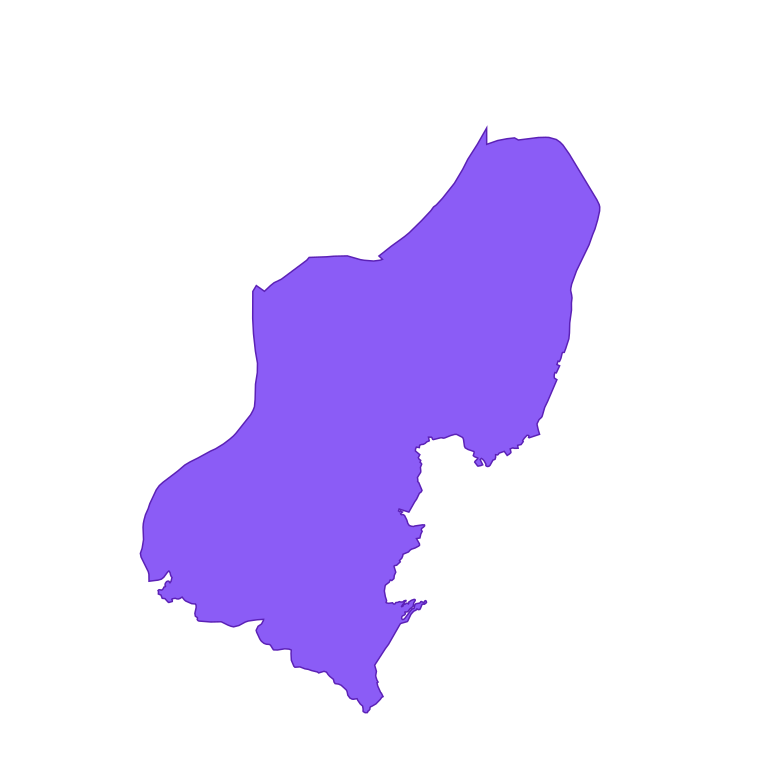 outline of Ba Vi, Ha Noi, Vietnam, rotated 30°
{"feature_id": "81297802B94958861355476", "entity_name": "Ba Vi", "entity_type": "district", "adm_level": 2, "iso_a3": "VNM", "parent_name": "Vietnam", "parent_adm1": "Ha Noi", "projection": "natural_earth1", "projection_center": [105.414, 21.156], "detail": "fine", "context": "isolated", "style": "filled", "palette": "violet", "viewbox_px": 768, "rotation_deg": 30, "n_neighbors": 0, "source": "geoboundaries", "source_scale": "gbopen_adm2", "svg_char_len": 6163}
<svg xmlns="http://www.w3.org/2000/svg" viewBox="0 0 768 768"><g transform="rotate(30 384 384)"><path d="M494.1,189.6L492.0,161.0L490.0,150.2L489.2,144.3L487.0,135.2L484.2,126.3L482.3,122.8L480.6,121.0L476.2,118.0L429.6,92.3L419.5,87.6L415.5,86.5L411.0,86.1L403.6,88.0L400.7,89.5L394.5,93.3L378.4,105.5L374.0,105.6L368.0,110.0L360.7,116.3L353.1,125.1L344.9,111.0L345.0,129.7L344.2,147.4L344.8,158.7L344.6,174.9L341.8,193.9L339.8,202.8L338.4,205.9L337.9,210.6L334.9,223.5L330.2,240.4L328.2,245.8L321.3,261.3L315.6,275.7L320.3,276.8L318.9,278.6L313.5,282.7L305.1,286.7L301.4,288.1L288.2,291.4L276.7,298.4L270.3,302.8L255.9,311.8L255.2,315.5L242.7,344.6L238.2,351.2L236.5,355.5L234.1,363.5L224.2,362.6L224.1,369.4L237.4,392.7L245.9,405.8L256.4,420.1L264.0,429.2L268.6,437.5L272.8,448.4L280.1,461.8L283.2,468.5L283.8,472.5L283.9,477.4L280.4,500.9L279.6,504.3L278.0,508.9L275.0,516.1L270.5,524.4L267.4,528.7L259.8,541.2L254.9,548.6L252.0,553.8L248.8,562.8L241.8,579.5L240.2,584.3L239.7,589.5L241.0,604.7L242.1,609.8L242.8,616.5L244.2,621.8L245.3,625.1L247.0,628.6L253.6,639.1L256.7,647.3L257.7,652.5L260.1,655.3L273.7,664.4L275.6,666.4L279.1,672.3L286.4,666.8L288.8,664.3L289.9,661.5L290.6,655.3L291.1,653.6L291.5,653.5L293.1,654.4L294.5,656.0L296.1,657.2L297.1,657.5L298.2,661.4L298.0,663.2L297.6,663.2L296.6,662.4L296.0,662.4L295.0,663.1L294.5,663.9L294.3,666.0L294.6,667.0L295.2,668.0L295.8,668.2L296.0,668.7L294.9,670.1L295.2,671.5L294.7,673.3L294.2,673.8L292.4,674.4L291.8,675.0L291.6,676.0L292.4,676.4L293.6,678.7L296.3,678.3L299.1,680.5L301.6,679.4L305.9,680.8L306.9,680.8L309.4,678.2L308.8,677.1L307.9,676.6L308.0,675.9L310.3,674.0L312.2,673.6L313.4,673.0L314.5,671.8L315.7,669.5L319.1,670.8L320.8,671.1L327.3,670.4L330.7,668.8L331.8,669.5L333.0,671.3L334.9,677.2L336.7,679.4L339.0,679.6L339.5,679.9L340.0,681.4L341.2,681.9L342.3,681.8L353.0,676.7L361.9,671.3L369.5,670.8L372.6,670.3L375.2,669.5L379.1,665.7L382.9,659.5L385.0,657.1L391.9,651.7L397.4,648.0L397.8,649.1L397.9,653.1L396.1,656.8L396.4,661.2L397.8,662.6L403.8,666.8L405.7,667.8L407.0,668.2L409.7,668.6L412.1,668.2L415.1,666.8L416.4,667.0L420.9,669.4L421.5,669.4L424.9,667.5L430.4,663.0L434.3,661.1L436.5,660.7L436.9,661.1L438.2,663.8L441.9,669.6L447.1,673.5L448.5,673.8L452.7,671.0L457.9,670.2L461.1,669.0L464.5,668.4L470.3,666.7L471.9,666.9L475.7,662.8L478.3,662.3L480.7,663.5L483.1,664.3L487.9,665.1L489.9,667.2L491.5,667.9L494.7,666.6L497.5,666.3L504.3,667.8L505.8,668.8L508.3,671.6L511.5,673.0L513.8,672.9L515.0,672.4L518.0,670.0L519.5,671.1L523.5,673.0L526.5,673.6L528.4,675.9L529.5,677.9L529.9,678.1L532.0,678.1L533.8,677.0L533.9,675.9L533.6,675.6L534.2,674.3L534.4,672.8L533.7,671.3L533.7,670.2L534.4,669.5L537.0,665.0L538.5,658.9L538.7,656.5L539.5,655.2L536.2,653.0L535.3,652.8L529.6,648.7L527.3,646.2L527.9,645.1L526.1,644.1L523.4,641.7L522.5,640.5L521.1,636.6L516.5,632.2L517.5,612.3L518.1,607.2L518.0,583.8L518.5,582.7L522.9,578.2L523.1,577.3L522.5,570.1L523.0,567.3L523.7,565.2L524.7,564.1L525.0,562.3L526.5,562.3L527.7,561.4L527.8,560.4L527.2,555.9L527.6,555.3L529.2,554.4L530.0,552.4L530.0,551.8L529.1,550.9L528.2,550.9L527.8,551.5L527.8,553.4L525.1,553.7L524.7,554.1L524.6,555.5L524.2,556.1L521.5,558.3L521.2,560.1L522.2,563.2L520.9,564.8L520.2,568.3L519.3,576.1L518.7,578.0L518.0,578.6L517.4,578.7L516.4,578.1L515.8,576.5L515.9,575.8L517.2,573.7L517.4,572.8L517.3,572.2L516.3,571.4L516.2,570.9L517.8,570.0L518.4,569.2L519.0,565.6L520.2,562.5L520.2,561.4L519.2,558.6L519.3,555.9L518.7,555.2L517.8,555.4L515.9,557.6L514.5,560.4L515.1,561.6L515.0,562.3L513.7,562.2L513.1,562.6L512.6,563.8L511.4,565.0L511.4,567.1L510.7,568.0L510.4,567.9L510.4,567.6L510.5,565.6L511.0,563.4L510.9,562.3L511.5,561.1L511.5,560.7L511.1,560.5L509.8,561.7L509.3,563.3L507.6,564.4L506.1,564.8L505.2,566.1L503.5,567.4L503.4,569.0L503.0,569.4L502.1,569.7L500.8,569.2L497.7,571.6L496.0,572.2L495.1,572.2L494.5,570.2L491.6,567.6L487.8,563.1L485.9,558.2L485.9,557.1L487.6,553.1L487.4,550.6L489.0,550.3L489.9,547.6L488.6,544.5L488.3,541.1L484.0,537.1L483.8,536.2L485.6,534.6L487.0,529.9L485.7,529.2L486.5,526.0L486.2,523.6L485.6,521.9L489.2,517.2L489.7,514.7L490.5,513.2L492.9,510.5L495.1,507.0L495.4,505.8L494.6,504.7L489.4,501.6L492.1,499.4L490.9,495.5L490.7,492.5L489.3,491.8L488.8,490.4L489.8,488.1L490.1,486.5L489.5,485.8L487.8,486.7L481.6,491.6L481.0,492.5L479.1,493.4L476.7,493.9L474.3,492.8L471.8,490.4L467.7,487.7L466.6,487.5L465.7,487.6L464.3,488.5L463.7,488.4L463.2,488.0L464.0,485.6L461.6,485.8L461.3,486.8L460.0,486.7L459.6,484.7L469.6,482.5L469.5,470.6L469.8,467.4L469.3,461.0L470.2,458.8L470.1,457.1L463.4,452.0L461.9,451.6L461.5,450.5L459.7,448.2L459.9,442.1L459.4,441.0L457.2,438.0L456.7,434.5L455.5,433.9L454.4,433.8L454.0,431.8L451.6,431.4L450.5,430.6L450.4,427.3L444.7,426.3L443.8,424.5L443.6,422.5L446.4,421.4L445.5,419.2L446.6,417.7L448.2,416.6L449.4,414.7L449.9,412.9L451.6,410.6L449.1,407.8L451.5,406.4L452.3,406.5L453.8,407.6L454.5,407.5L459.9,402.3L461.4,401.4L462.2,401.4L463.5,400.4L467.5,395.3L470.5,392.2L472.1,391.3L478.3,391.0L479.4,391.3L480.6,392.3L484.8,397.7L486.3,398.7L489.5,398.7L495.6,397.5L496.4,398.4L497.1,401.4L498.7,401.7L502.3,401.2L502.5,402.1L501.5,405.3L501.6,406.3L506.1,408.2L506.8,407.9L508.8,406.1L509.9,404.6L505.1,401.4L505.5,399.8L507.0,399.8L509.1,400.5L512.4,402.5L512.7,403.4L513.2,403.8L514.2,403.9L515.1,403.6L516.0,402.8L516.5,401.4L516.4,395.5L517.8,393.7L517.4,391.8L516.0,389.4L517.7,388.7L518.1,388.1L518.3,386.3L521.8,382.2L526.4,384.3L527.6,382.0L528.2,380.0L527.8,379.3L525.7,377.1L527.6,374.8L528.7,374.7L532.3,372.6L530.4,370.3L533.0,367.9L533.4,364.3L532.4,363.7L532.6,360.8L533.5,357.0L534.4,356.4L535.1,356.4L535.6,356.6L535.9,358.0L536.6,358.0L543.9,349.8L540.6,346.7L537.0,342.8L536.4,341.8L536.1,337.3L537.1,334.1L537.1,332.8L534.9,324.0L534.4,317.3L531.6,293.8L528.7,293.7L527.7,292.6L526.8,290.7L526.3,288.6L527.7,288.2L527.0,280.4L524.0,280.7L523.3,277.2L524.7,276.8L524.6,275.0L524.3,273.0L522.8,268.0L523.0,267.3L524.3,266.5L523.7,262.7L521.5,252.4L519.1,247.1L514.3,238.2L509.4,226.2L505.8,220.1L503.8,215.5L502.0,213.1L498.9,209.7L498.0,207.9L496.6,203.7L494.1,189.6Z" fill="#8b5cf6" stroke="#5b21b6" stroke-width="1.5"/></g></svg>